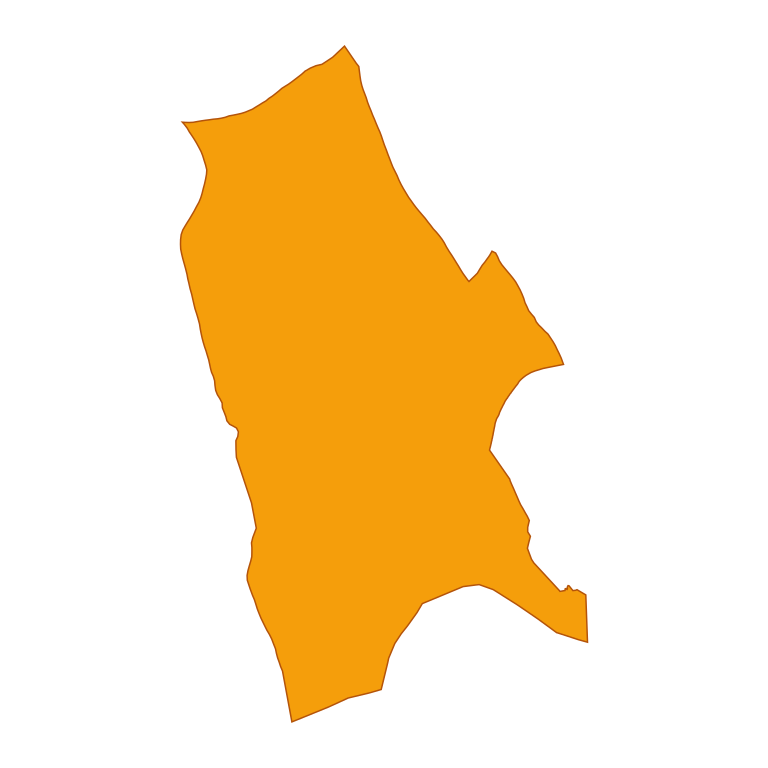 the district of Mahliyah, Ma'rib, Yemen
{"feature_id": "15242507B61225716368783", "entity_name": "Mahliyah", "entity_type": "district", "adm_level": 2, "iso_a3": "YEM", "parent_name": "Yemen", "parent_adm1": "Ma'rib", "projection": "natural_earth1", "projection_center": [45.191, 14.667], "detail": "fine", "context": "isolated", "style": "filled", "palette": "amber", "viewbox_px": 768, "rotation_deg": 0, "n_neighbors": 0, "source": "geoboundaries", "source_scale": "gbopen_adm2", "svg_char_len": 4940}
<svg xmlns="http://www.w3.org/2000/svg" viewBox="0 0 768 768"><path d="M585.8,594.9L577.0,589.7L575.6,590.3L572.9,590.6L569.6,586.5L569.0,585.8L568.1,585.6L567.7,586.2L567.2,587.6L567.4,588.7L567.0,589.4L565.8,588.6L565.2,588.8L565.0,590.5L560.0,591.4L559.3,590.5L533.8,562.9L531.5,559.3L529.7,554.5L527.4,548.3L528.8,542.4L530.4,536.3L527.7,531.8L527.7,530.0L527.7,527.4L529.3,520.5L527.3,516.3L525.2,512.7L523.1,508.9L520.6,504.7L518.8,500.8L517.1,496.8L515.3,492.7L513.6,488.7L511.7,484.5L510.1,480.7L509.7,479.1L489.5,450.1L489.6,449.9L489.9,448.4L490.3,447.0L490.6,445.7L490.9,444.4L491.2,443.2L491.5,441.6L491.9,440.2L492.0,439.2L492.4,437.8L492.6,436.4L493.0,434.9L493.1,434.0L493.4,432.4L493.8,430.5L494.1,428.8L494.3,427.8L494.6,426.5L494.8,425.4L494.9,424.6L495.2,423.1L495.8,421.2L496.1,420.4L496.4,419.3L496.9,418.2L497.4,417.5L497.8,416.7L498.3,415.9L498.7,415.1L499.1,414.1L499.4,413.1L499.7,412.1L500.3,410.9L500.8,409.8L501.3,408.7L501.9,407.6L502.4,406.6L502.9,405.5L503.5,404.5L504.1,403.3L504.5,402.5L504.8,401.7L505.8,400.1L506.3,399.4L506.8,398.6L507.4,398.0L508.1,396.7L509.0,395.5L509.5,394.8L509.6,394.5L510.2,393.7L510.9,393.0L511.2,392.4L511.9,391.4L512.4,390.8L513.1,389.8L513.6,389.2L514.3,388.2L515.3,386.9L516.3,385.6L517.0,384.8L517.6,384.0L518.0,383.4L518.4,382.6L518.8,382.0L519.3,381.3L519.9,380.6L520.5,380.0L521.1,379.4L521.6,378.9L522.5,378.2L523.3,377.4L524.6,376.5L525.3,375.9L525.9,375.5L526.3,375.2L531.0,372.5L535.1,370.9L538.8,369.8L543.0,368.5L547.3,367.6L563.5,364.4L561.2,358.1L559.3,353.9L557.3,349.9L555.3,345.6L553.1,341.8L550.4,337.7L548.0,334.1L544.9,331.3L541.9,328.1L538.7,325.0L536.2,321.8L534.3,317.4L531.5,314.2L528.7,310.7L527.0,306.8L525.0,302.7L523.7,298.3L522.0,294.1L520.1,289.9L517.7,285.5L515.6,281.8L512.8,278.0L510.2,274.8L507.5,271.6L504.5,268.0L501.8,264.7L499.3,260.8L497.6,256.7L495.6,253.0L492.0,251.2L490.6,253.7L489.8,255.1L488.4,257.2L487.4,258.5L485.0,261.9L482.2,265.3L479.7,269.3L477.4,273.2L474.5,276.1L471.6,278.9L469.0,281.5L467.9,280.3L465.4,276.8L463.0,273.5L460.8,270.0L458.5,266.1L456.3,262.6L454.1,259.0L451.7,255.2L449.2,251.5L446.4,246.9L444.2,242.7L441.9,239.1L438.9,235.2L436.3,232.1L433.3,228.9L430.6,225.3L428.1,222.2L425.1,218.2L421.8,214.4L418.9,211.0L416.1,207.6L413.6,204.3L411.2,200.9L408.6,197.3L406.0,193.0L403.3,188.5L401.1,184.5L398.9,180.0L397.1,175.6L394.9,171.2L392.9,167.2L391.3,163.2L389.8,159.2L388.0,154.6L386.3,149.9L385.0,146.6L384.3,144.8L382.8,140.4L381.4,136.1L379.9,132.1L378.1,128.1L376.2,123.6L374.6,119.6L372.6,115.0L371.0,110.8L369.2,106.5L367.6,102.3L366.2,97.7L364.6,93.5L363.1,89.6L361.8,85.5L360.7,80.8L360.0,76.1L359.4,71.3L358.8,66.5L356.2,63.2L344.5,46.1L332.6,57.3L322.0,64.3L316.0,65.7L310.3,68.1L304.8,71.3L304.6,71.6L301.6,74.3L298.5,76.7L295.0,79.4L291.7,81.9L288.5,84.2L285.1,86.3L282.1,88.2L281.8,88.4L278.7,91.1L275.6,93.6L272.4,96.1L268.9,98.4L265.8,101.0L262.5,102.9L259.2,105.0L255.7,107.1L252.4,109.2L248.8,110.7L245.2,112.2L241.4,113.4L237.4,114.3L233.0,115.2L229.1,115.9L225.2,117.3L221.3,118.2L217.6,118.8L213.3,119.2L209.2,119.8L205.2,120.3L201.1,120.9L197.0,121.6L193.2,122.3L189.2,122.5L185.4,122.4L182.4,122.2L184.2,124.2L187.2,128.1L189.4,132.0L192.0,135.8L194.4,139.5L196.5,143.0L198.8,147.2L201.1,151.6L202.7,155.7L204.3,160.9L205.6,165.0L206.8,169.9L206.5,174.2L205.6,179.2L204.5,184.1L203.3,188.5L202.1,193.4L200.8,197.7L198.9,202.3L196.5,206.6L194.1,211.2L191.8,215.1L189.5,219.0L187.2,222.6L184.9,226.4L182.8,230.0L181.2,234.6L180.6,239.6L180.5,244.1L180.7,249.1L181.6,253.6L182.8,258.6L184.2,263.6L185.6,268.7L187.0,274.3L187.8,278.8L188.8,282.9L190.1,288.7L191.7,294.3L192.7,298.8L193.9,304.1L195.0,308.7L196.6,313.6L198.0,318.3L199.2,322.8L199.4,323.5L199.5,323.9L200.3,329.1L201.1,333.3L202.1,337.9L203.2,342.1L204.6,346.8L206.0,350.8L207.2,354.9L208.7,359.8L209.6,364.0L210.5,368.3L210.9,369.9L211.6,372.4L213.3,376.2L214.6,380.7L215.0,385.5L215.7,390.4L217.4,394.7L219.8,398.5L222.1,402.9L222.2,404.3L222.4,407.8L224.1,412.0L225.9,416.7L226.9,420.8L229.7,424.3L233.0,426.0L236.5,428.0L238.4,431.8L237.8,436.5L235.9,440.7L236.0,449.6L236.4,457.3L251.5,502.9L256.3,528.2L252.8,537.5L251.5,542.9L251.9,547.5L251.9,552.0L251.8,556.7L250.8,560.8L249.3,565.9L248.0,570.5L247.1,575.4L247.3,580.2L248.8,584.8L250.2,589.0L252.6,595.5L254.3,599.4L255.6,603.4L257.2,608.6L257.8,610.2L258.4,611.8L259.0,613.3L261.0,618.2L263.0,622.3L265.0,626.4L266.9,630.2L269.4,634.4L271.7,639.0L273.6,644.0L275.5,648.8L276.4,653.2L277.6,657.8L279.2,662.2L280.6,666.5L282.5,671.0L291.9,721.9L328.3,707.1L348.2,698.0L369.8,692.8L381.2,689.5L387.7,662.8L388.7,658.1L394.8,643.5L401.2,633.8L407.7,625.6L412.7,618.6L417.0,612.6L422.3,603.6L463.1,586.6L475.6,585.0L479.2,584.6L493.2,589.6L500.1,593.9L503.5,596.1L513.0,602.1L516.5,604.3L527.4,611.7L528.1,612.2L538.0,619.0L542.1,622.0L545.8,624.7L556.7,632.7L557.3,632.8L578.5,639.7L587.5,642.2L585.8,594.9Z" fill="#f59e0b" stroke="#b45309" stroke-width="1.5"/></svg>